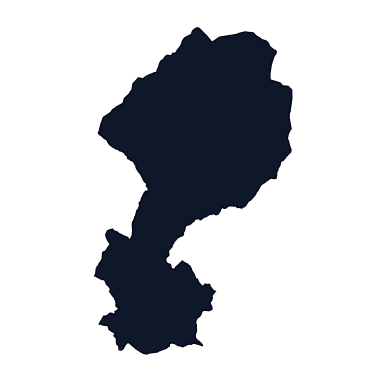 Zarnesti, Brasov, Romania, rotated 93°
{"feature_id": "2599482B21049619032220", "entity_name": "Zarnesti", "entity_type": "district", "adm_level": 2, "iso_a3": "ROU", "parent_name": "Romania", "parent_adm1": "Brasov", "projection": "equal_earth", "projection_center": [25.28, 45.588], "detail": "fine", "context": "isolated", "style": "filled", "palette": "ink", "viewbox_px": 384, "rotation_deg": 93, "n_neighbors": 0, "source": "geoboundaries", "source_scale": "gbopen_adm2", "svg_char_len": 6046}
<svg xmlns="http://www.w3.org/2000/svg" viewBox="0 0 384 384"><g transform="rotate(93 192 192)"><path d="M146.9,278.4L149.3,276.3L149.7,275.0L150.6,274.5L151.8,272.4L151.8,271.6L152.1,271.1L153.1,270.0L152.8,268.3L153.6,267.6L154.7,266.0L154.7,264.8L156.1,261.9L158.1,260.5L159.7,258.1L161.2,258.2L162.0,257.7L162.5,255.9L163.6,254.8L163.7,254.3L163.5,253.9L163.6,253.5L165.3,251.4L167.0,250.6L168.5,249.2L169.6,249.3L171.7,248.4L173.3,247.1L174.1,246.8L176.6,244.3L183.3,240.6L184.2,239.9L185.7,237.7L187.1,237.4L187.7,237.8L188.5,237.7L190.3,236.1L192.2,235.5L193.5,236.2L194.0,236.9L193.6,238.1L193.7,238.3L195.5,239.6L197.3,240.5L199.5,241.0L200.0,241.7L204.1,242.6L205.8,244.2L207.9,243.5L209.0,243.4L209.6,244.1L211.2,244.3L213.5,246.0L218.9,247.1L220.5,248.0L221.8,248.0L225.8,249.8L228.4,249.8L233.2,249.1L237.7,249.3L239.1,249.5L243.3,251.4L241.9,253.3L240.9,253.8L239.4,258.2L238.0,261.1L237.6,262.3L237.7,262.8L236.8,263.5L236.5,264.4L235.7,264.9L235.4,266.9L234.1,269.1L233.3,269.4L234.2,272.2L235.2,274.3L238.4,275.6L239.1,275.8L240.9,275.4L244.2,273.9L248.3,271.0L249.2,271.3L249.9,270.7L250.3,272.0L252.2,273.3L255.4,274.9L255.9,275.5L256.4,277.0L257.4,278.0L263.5,278.1L266.0,279.2L268.6,281.1L270.9,281.5L271.4,281.9L271.2,282.2L271.5,282.5L271.8,282.2L272.1,282.8L272.7,283.1L274.4,283.6L278.3,283.7L280.8,284.7L280.8,283.9L281.4,283.2L284.0,277.4L284.2,276.5L283.7,275.7L284.0,275.0L284.6,274.4L288.7,272.4L290.3,270.4L292.5,268.5L294.0,268.4L295.8,269.0L297.3,267.6L299.7,265.9L301.7,263.9L302.8,263.6L304.6,262.4L308.0,261.8L308.6,262.1L309.7,261.9L311.3,260.2L312.1,258.1L313.5,260.0L314.5,260.9L314.8,260.9L315.3,262.5L316.3,262.3L319.3,263.5L319.4,263.8L318.7,264.0L317.6,264.9L317.6,265.6L318.0,265.9L317.4,266.4L317.3,267.1L317.4,267.6L320.0,270.3L320.1,271.0L320.8,271.5L320.5,272.3L320.5,272.7L320.9,273.0L320.7,273.6L328.6,277.7L328.8,277.0L328.5,275.9L329.2,275.0L329.6,272.7L329.6,269.9L330.3,268.5L333.3,267.7L334.5,266.3L336.8,261.8L337.6,261.2L339.6,262.3L340.2,261.9L340.9,260.8L341.7,260.0L343.4,259.6L346.4,259.5L347.9,258.5L348.0,258.8L349.4,257.1L353.4,256.4L353.5,254.5L352.5,252.9L348.1,250.7L346.4,249.4L345.5,247.8L346.6,245.7L347.7,244.5L351.3,239.8L353.5,236.2L355.6,231.9L356.1,228.8L355.9,228.0L355.3,227.5L354.4,223.5L353.6,218.4L352.6,217.1L349.2,209.3L347.2,207.7L347.3,206.9L344.2,206.5L344.2,205.5L343.5,203.7L344.0,202.7L344.2,201.1L345.4,199.0L345.5,198.3L346.0,198.1L346.1,195.7L346.8,194.2L346.6,193.2L346.9,192.9L346.2,191.9L346.1,191.1L345.4,190.5L345.4,190.0L344.6,189.0L344.2,187.4L343.8,186.9L344.2,185.1L343.0,183.2L342.9,182.1L343.0,180.3L343.5,179.1L343.4,179.0L344.2,175.6L344.9,173.8L344.6,173.6L343.7,174.1L341.1,176.9L339.9,178.9L337.6,181.1L334.3,181.5L332.5,180.8L329.7,180.3L328.0,180.7L324.5,180.8L323.4,181.4L320.8,181.7L317.5,180.2L315.7,177.9L313.6,176.6L312.3,176.5L309.7,175.1L309.3,171.5L309.6,169.6L309.3,168.2L308.6,167.2L308.6,166.8L307.6,165.9L305.8,166.3L301.3,168.6L299.3,166.8L298.2,166.8L297.1,166.2L294.5,166.8L290.0,163.6L289.3,165.6L287.3,167.4L285.1,169.1L283.4,169.6L283.7,171.9L283.4,174.2L285.6,175.7L285.8,176.5L285.6,177.0L282.1,180.6L278.9,182.1L278.6,182.5L278.7,183.1L278.5,183.7L277.3,184.5L276.6,184.5L273.5,186.0L270.8,188.0L268.4,188.9L267.1,189.9L266.5,189.9L265.8,190.8L265.8,191.5L264.5,192.3L263.7,194.4L261.6,198.2L263.1,199.2L263.7,200.2L266.4,202.4L267.2,203.6L269.8,205.3L270.2,206.6L270.1,207.3L269.4,208.6L268.9,208.9L265.6,209.7L265.2,210.8L265.1,212.0L264.0,213.7L261.9,214.8L259.7,214.9L258.9,214.1L258.0,214.1L257.7,213.1L256.6,212.0L255.6,211.9L253.3,212.6L251.3,212.2L247.7,209.2L246.1,209.1L243.9,207.7L242.5,207.2L238.4,203.9L236.6,201.0L236.3,199.4L235.5,199.0L235.2,198.5L232.4,198.4L231.0,197.6L229.6,197.2L227.2,197.1L225.4,196.1L225.1,193.9L223.8,191.6L221.9,189.9L220.9,188.5L219.3,187.8L218.6,186.8L218.1,183.1L219.3,182.4L218.9,181.5L216.5,178.8L215.9,176.7L213.1,173.1L213.1,172.4L213.4,171.7L212.3,169.8L213.4,166.9L213.1,165.9L212.3,165.2L212.3,164.7L212.1,164.7L211.7,164.1L210.6,164.0L209.5,162.8L207.5,162.7L207.0,161.9L205.4,161.0L206.5,159.3L206.4,157.8L204.6,155.6L204.2,154.7L203.6,154.4L203.2,153.8L203.6,153.3L203.8,152.0L203.6,150.6L203.9,149.8L203.6,147.5L205.1,145.9L204.8,144.6L205.0,142.7L205.5,141.5L204.7,141.2L203.7,138.7L201.8,137.3L197.7,134.9L197.3,133.5L191.5,128.8L190.2,128.2L189.1,128.0L187.4,126.6L181.8,123.9L179.7,121.7L178.5,119.7L176.8,118.2L176.4,117.2L174.0,114.4L173.9,113.0L174.3,110.5L173.5,108.7L171.8,108.7L170.5,108.4L168.7,108.7L167.0,108.3L166.4,107.8L163.7,107.3L161.0,105.7L158.3,105.3L156.7,104.8L155.4,102.5L153.1,100.8L151.6,100.1L150.5,98.7L149.3,98.0L147.2,95.9L145.5,95.4L144.5,95.5L140.4,97.2L136.2,98.4L133.7,99.7L128.9,99.0L125.3,97.5L123.8,96.4L113.3,98.9L108.0,99.1L106.7,98.4L92.8,97.3L85.0,97.9L81.6,101.4L81.3,107.2L78.6,109.7L76.0,120.0L71.8,120.4L68.6,120.4L60.9,119.6L52.9,117.6L50.6,116.5L49.4,115.5L47.9,115.2L46.4,115.9L45.9,117.8L42.3,122.4L40.0,123.2L37.5,125.7L36.2,130.4L34.3,133.2L33.3,135.4L31.8,137.3L30.6,138.5L29.8,139.8L29.8,143.5L29.4,147.3L31.2,153.1L32.5,155.9L36.0,172.5L41.6,179.9L34.9,186.0L32.4,189.1L30.0,191.4L28.0,194.0L27.9,195.4L28.5,196.8L30.3,199.1L32.0,200.1L34.6,200.8L36.9,204.4L37.0,205.1L38.4,206.9L38.6,207.5L39.1,207.8L40.9,208.9L42.5,209.6L45.2,210.1L49.3,212.6L51.5,214.3L52.6,214.4L53.7,215.4L54.7,216.9L54.5,218.4L54.8,218.7L56.2,218.7L57.1,220.5L56.8,223.5L56.9,224.1L58.1,225.6L60.4,227.0L61.6,228.1L62.7,229.7L64.8,230.8L69.9,232.1L71.0,232.7L71.6,232.7L72.2,233.2L74.3,233.2L75.1,236.4L75.8,237.2L77.1,240.5L78.5,242.8L78.8,243.6L81.2,246.4L82.0,247.9L81.2,248.7L81.0,251.5L87.1,256.6L90.2,256.7L91.2,257.1L92.9,257.0L95.4,258.8L96.3,259.2L96.8,259.2L102.2,264.4L106.7,265.3L107.2,265.6L111.1,272.0L113.0,273.9L113.9,275.5L117.1,277.5L122.0,284.2L124.0,285.0L126.0,285.3L126.8,285.8L128.5,286.2L129.1,286.6L129.4,286.4L131.0,286.7L132.3,287.1L136.4,287.8L137.9,288.6L139.6,287.2L140.0,285.8L142.1,283.5L143.3,281.9L143.5,281.1L144.9,279.2L146.9,278.4Z" fill="#0f172a" stroke="#020617" stroke-width="1.5"/></g></svg>